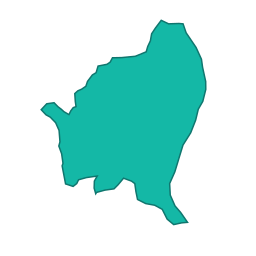 Oskarshamn, Kalmar, Sweden, rotated 352°
{"feature_id": "70781695B81120519064145", "entity_name": "Oskarshamn", "entity_type": "district", "adm_level": 2, "iso_a3": "SWE", "parent_name": "Sweden", "parent_adm1": "Kalmar", "projection": "albers", "projection_center": [16.317, 57.382], "detail": "fine", "context": "isolated", "style": "filled", "palette": "teal", "viewbox_px": 256, "rotation_deg": 352, "n_neighbors": 0, "source": "geoboundaries", "source_scale": "gbopen_adm2", "svg_char_len": 1166}
<svg xmlns="http://www.w3.org/2000/svg" viewBox="0 0 256 256"><g transform="rotate(352 128 128)"><path d="M173.8,229.7L173.1,228.3L168.4,219.0L163.7,211.7L160.5,200.3L161.5,188.8L168.3,177.9L175.0,163.4L180.1,152.5L189.4,141.5L196.1,129.6L200.2,119.2L205.8,112.0L210.4,100.6L211.4,92.8L210.3,78.3L210.3,70.1L206.6,57.7L198.8,41.8L197.0,32.5L193.0,31.6L182.7,30.5L175.9,26.0L169.1,32.8L164.5,38.0L162.3,44.8L158.9,50.0L156.6,55.1L145.2,58.0L131.5,57.4L123.1,56.4L122.4,56.3L119.5,60.3L116.1,62.0L107.0,62.5L104.1,68.8L100.1,70.5L95.9,74.7L94.4,76.2L92.1,80.8L87.5,83.1L83.5,84.2L80.1,86.5L79.5,94.5L79.5,99.6L76.6,100.2L73.7,103.1L71.4,106.5L66.9,103.0L64.6,100.2L61.7,97.3L58.3,92.7L50.9,92.7L44.6,97.8L48.6,103.5L52.5,106.4L57.1,112.7L59.4,120.8L58.7,132.2L57.0,136.2L58.7,144.3L58.7,154.0L57.5,156.3L58.4,174.7L59.7,175.3L65.5,178.2L69.5,175.9L71.8,172.4L79.9,171.3L90.8,171.3L87.3,175.9L86.1,182.8L86.9,188.6L87.9,187.4L96.5,186.3L105.7,186.3L110.3,182.8L116.6,177.1L124.1,181.1L127.0,184.0L127.0,192.1L127.5,200.1L135.0,205.3L143.7,208.2L150.6,213.3L154.1,223.7L159.8,230.0L167.9,229.4L173.8,229.7Z" fill="#14b8a6" stroke="#0f766e" stroke-width="1.5"/></g></svg>